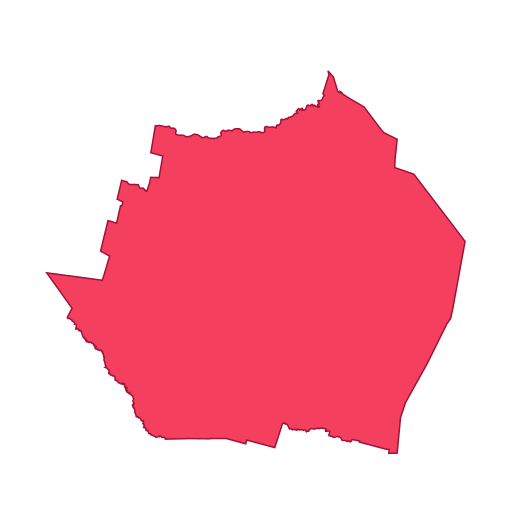 Hidalgo, Tamaulipas, Mexico, rotated 186°
{"feature_id": "50627088B14720065725755", "entity_name": "Hidalgo", "entity_type": "district", "adm_level": 2, "iso_a3": "MEX", "parent_name": "Mexico", "parent_adm1": "Tamaulipas", "projection": "robinson", "projection_center": [-99.235, 24.164], "detail": "fine", "context": "isolated", "style": "filled", "palette": "rose", "viewbox_px": 512, "rotation_deg": 186, "n_neighbors": 0, "source": "geoboundaries", "source_scale": "gbopen_adm2", "svg_char_len": 6015}
<svg xmlns="http://www.w3.org/2000/svg" viewBox="0 0 512 512"><g transform="rotate(186 256 256)"><path d="M164.2,415.6L180.0,422.7L187.8,426.7L187.7,427.5L189.3,428.3L188.9,427.4L190.1,427.2L191.9,428.3L197.8,442.2L203.8,447.6L202.4,444.1L206.2,425.5L206.5,424.7L206.0,423.9L204.9,423.3L204.8,422.6L205.5,422.0L206.7,418.5L207.6,417.4L209.1,417.2L209.6,416.8L210.3,417.2L210.6,416.8L210.7,416.4L209.3,414.7L209.0,413.8L210.0,413.7L210.4,413.4L210.6,412.6L210.0,411.5L208.6,411.2L208.8,410.7L209.5,410.5L211.1,411.2L212.5,411.1L213.6,412.1L214.0,412.1L214.8,411.3L215.9,412.7L216.3,412.7L217.3,411.8L217.7,411.0L218.1,410.9L219.8,411.6L220.4,411.5L220.9,411.0L222.3,406.6L222.9,406.2L224.0,406.5L225.2,405.8L225.0,407.0L225.4,407.7L226.3,407.5L227.7,405.9L227.9,405.8L228.3,406.7L229.0,406.9L229.8,406.3L230.4,405.1L231.0,404.5L231.1,404.0L229.7,403.0L229.6,402.5L230.1,402.1L231.9,401.9L232.7,401.1L234.2,398.8L234.8,398.7L237.3,397.2L238.1,397.3L238.9,395.6L239.7,396.1L243.3,394.2L244.5,394.8L245.3,394.5L245.5,393.9L245.2,391.6L246.1,389.6L246.7,388.7L247.7,388.3L248.6,388.6L249.3,387.8L249.3,385.6L252.8,386.2L256.4,385.3L259.1,385.9L259.9,385.7L260.6,385.1L260.8,384.3L260.7,382.4L260.1,381.8L260.3,381.1L260.7,380.2L261.3,379.7L263.1,379.3L265.7,380.0L266.5,379.9L267.5,379.4L270.1,379.0L270.9,379.1L273.6,378.2L274.6,378.3L275.8,379.0L277.5,379.0L279.3,378.7L281.2,377.8L285.6,380.8L289.7,380.4L291.2,379.7L292.9,378.1L297.0,378.2L299.6,376.7L301.1,377.6L301.9,377.6L303.5,376.1L303.8,375.3L303.9,374.0L303.3,373.6L303.0,373.0L303.1,372.3L303.7,371.7L306.3,370.4L307.6,369.1L309.0,368.7L313.8,368.3L315.2,368.3L317.4,369.7L318.4,369.6L320.5,368.3L321.7,368.1L326.7,370.5L329.6,370.8L330.4,370.6L333.4,368.6L336.7,367.3L338.4,367.4L340.1,368.3L341.3,368.5L345.7,368.1L348.4,368.6L348.8,370.3L348.5,372.0L348.8,372.8L350.0,374.1L351.1,374.6L353.7,374.2L355.0,374.8L355.9,376.0L358.9,375.1L365.7,375.7L366.8,375.6L368.5,374.8L369.7,375.1L371.4,347.7L359.2,345.7L360.6,323.9L369.0,323.2L369.4,318.0L371.4,308.9L371.8,309.0L371.7,309.3L372.0,309.5L372.9,309.4L372.9,309.7L373.4,310.2L373.7,310.1L374.7,311.2L374.7,311.5L375.2,311.7L378.3,311.3L379.3,312.2L380.3,314.4L380.7,314.8L381.7,314.4L385.0,314.5L385.1,314.2L389.5,314.0L391.6,315.4L391.6,315.9L393.2,316.7L393.4,316.3L397.5,317.3L400.0,297.9L394.1,296.0L394.7,291.9L396.0,291.7L398.1,274.1L406.9,275.8L411.1,244.6L401.6,240.6L405.1,221.6L406.4,215.8L462.4,217.4L433.5,184.8L437.2,175.4L437.0,174.6L436.4,174.1L435.0,174.4L432.4,173.0L432.3,172.4L430.2,171.2L429.1,169.6L429.3,169.3L428.3,169.2L427.6,168.6L427.2,166.9L427.3,166.0L427.6,165.8L427.6,164.5L426.5,164.8L425.7,164.6L425.4,164.8L425.0,164.3L424.5,164.3L424.5,163.4L423.8,163.5L423.5,163.2L422.9,163.6L421.9,163.5L422.0,162.3L421.6,162.0L420.5,159.6L420.5,159.2L419.5,157.4L418.8,157.3L418.7,156.5L418.0,156.3L417.8,155.6L416.6,155.5L416.5,154.6L416.0,154.8L415.5,154.3L415.8,153.2L415.1,153.3L414.3,152.8L413.5,153.0L413.3,152.6L412.6,152.5L411.4,153.0L411.1,152.6L410.4,152.7L410.0,151.9L408.7,151.7L408.2,151.4L407.9,150.0L407.1,150.3L406.5,149.4L405.4,149.3L405.4,148.9L405.8,148.4L406.6,148.4L406.7,148.1L405.5,146.7L403.5,146.5L403.4,146.0L401.9,146.2L401.4,145.8L401.0,146.2L400.4,145.6L399.6,145.5L399.2,144.7L398.7,144.8L398.8,144.1L398.3,143.8L398.2,143.2L397.8,143.1L397.7,142.0L397.3,141.7L396.9,140.0L396.3,139.5L396.6,138.8L396.2,138.3L396.4,137.0L396.2,136.2L395.5,135.4L394.3,131.3L393.9,131.0L393.9,129.9L394.5,129.5L392.4,128.9L392.1,128.3L390.5,127.4L390.1,126.0L390.2,124.8L389.7,124.4L390.2,124.0L390.2,123.7L388.9,123.5L388.4,122.4L386.4,122.4L386.0,121.8L384.4,121.9L384.2,121.3L383.4,120.7L383.2,117.9L382.5,117.5L381.8,117.8L381.1,117.1L380.5,117.1L380.1,116.7L379.8,115.6L378.3,115.5L377.9,115.0L376.9,114.7L376.1,115.0L375.3,114.5L374.8,114.6L375.0,115.4L374.4,115.1L373.5,115.1L373.7,114.6L373.2,114.1L373.1,112.9L372.2,112.7L372.7,111.9L371.9,111.3L371.9,110.6L371.4,110.7L371.0,111.5L370.6,111.4L370.7,110.6L371.5,110.0L371.4,109.3L370.3,108.8L370.9,108.4L370.8,108.0L370.1,108.0L369.9,107.0L368.5,106.6L368.0,106.0L367.2,106.8L366.9,105.5L365.9,105.3L365.7,104.7L364.8,104.2L363.8,104.0L363.7,102.8L362.7,100.7L363.3,99.2L363.3,98.7L361.8,96.8L361.9,96.4L362.5,96.3L362.2,95.4L362.7,95.3L362.7,94.7L363.2,94.6L362.9,94.2L362.8,93.7L362.5,93.6L362.5,92.9L361.8,92.5L361.8,91.9L361.1,91.8L360.5,90.3L360.6,89.7L360.1,88.9L360.2,87.8L359.7,87.4L359.0,85.5L358.4,84.7L358.4,83.8L357.4,83.4L356.5,83.9L356.2,83.7L355.9,82.8L354.5,82.9L353.3,81.6L353.3,80.9L352.2,80.1L351.0,80.4L351.3,79.4L350.5,78.7L350.5,78.1L351.0,77.4L349.5,76.5L349.7,75.8L349.3,74.8L350.0,74.1L349.6,73.6L348.3,73.7L347.7,72.7L347.2,72.7L347.2,71.4L346.9,70.9L346.4,70.9L345.8,71.3L344.4,69.4L344.2,68.3L342.2,68.2L342.1,67.3L337.4,65.9L336.8,65.3L333.2,66.2L333.2,66.8L332.8,67.2L332.4,67.1L330.8,65.9L329.7,65.7L328.5,66.1L326.9,65.1L327.0,64.4L303.5,67.4L282.6,69.4L281.9,70.4L282.0,69.7L266.5,71.4L246.6,68.1L246.0,72.0L217.3,67.4L212.1,92.2L210.2,92.9L210.1,92.5L209.8,92.7L209.0,91.9L208.6,92.2L207.3,91.5L205.3,89.0L205.3,88.3L204.6,87.5L202.3,87.9L202.2,87.2L201.6,86.9L200.3,87.4L199.1,87.5L198.7,87.2L198.3,87.6L197.4,87.1L197.3,88.0L197.1,88.0L196.3,87.6L195.9,88.0L195.5,87.9L194.7,87.4L193.7,88.0L191.1,88.0L190.7,87.5L189.6,88.2L188.5,87.8L187.5,86.4L186.9,87.0L185.2,87.3L185.2,88.2L184.8,88.9L184.1,89.1L184.0,89.5L183.2,90.1L180.0,89.9L176.4,91.4L175.9,90.9L174.6,91.0L173.5,91.7L168.8,91.5L167.7,90.0L167.6,89.3L168.6,89.8L168.5,89.0L167.7,88.9L165.6,89.6L164.3,89.3L164.2,88.3L164.9,85.8L164.7,85.0L162.9,84.6L161.8,84.8L160.3,83.8L159.1,83.8L157.3,84.8L154.0,84.7L152.8,84.2L151.3,81.9L150.4,81.6L147.7,81.8L145.8,81.0L144.2,81.9L143.0,80.9L142.6,81.1L141.9,81.8L141.2,83.5L136.7,83.2L133.4,82.7L133.6,81.7L106.1,77.4L103.4,77.6L103.3,73.6L95.0,74.7L95.4,110.2L92.0,125.8L74.5,166.9L59.1,208.4L55.9,214.1L54.9,222.8L49.6,292.4L107.6,353.9L127.2,358.4L127.8,366.0L127.8,386.8L141.9,392.1L145.7,395.8L164.2,415.6Z" fill="#f43f5e" stroke="#9f1239" stroke-width="1.5"/></g></svg>